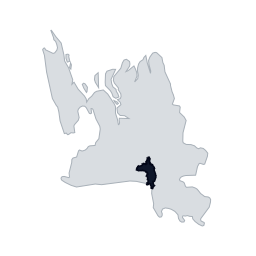 Jamalpur, Dhaka, Bangladesh (highlighted), rotated 174°
{"feature_id": "16705992B65705561019803", "entity_name": "Jamalpur", "entity_type": "district", "adm_level": 2, "iso_a3": "BGD", "parent_name": "Bangladesh", "parent_adm1": "Dhaka", "projection": "mercator", "projection_center": [89.869, 25.0], "detail": "fine", "context": "in_parent", "style": "filled", "palette": "ink", "viewbox_px": 256, "rotation_deg": 174, "n_neighbors": 0, "source": "geoboundaries", "source_scale": "gbopen_adm2", "svg_char_len": 7733}
<svg xmlns="http://www.w3.org/2000/svg" viewBox="0 0 256 256"><g transform="rotate(174 128 128)"><path d="M85.5,186.6L85.4,180.0L81.1,167.2L81.3,165.8L80.4,159.5L79.4,156.1L78.8,152.4L81.4,147.1L80.4,146.2L74.6,144.6L73.9,143.3L75.1,138.0L71.0,133.1L69.4,129.4L73.8,117.5L74.9,109.1L74.6,107.5L71.9,105.6L67.1,104.9L63.7,103.3L61.7,101.0L60.0,100.0L58.0,100.7L55.3,99.8L53.1,97.5L51.3,94.6L52.0,91.5L55.5,84.1L56.8,83.9L59.8,85.3L60.9,85.3L62.9,82.4L65.7,74.0L75.4,74.7L77.7,74.5L80.1,73.8L81.4,72.7L82.2,71.4L81.9,70.2L78.9,68.7L77.8,67.5L77.0,64.1L76.1,62.9L70.2,62.7L67.2,61.2L65.5,59.8L62.6,55.2L58.9,51.8L55.4,51.0L54.0,49.9L53.3,48.2L53.7,45.7L55.5,40.8L65.1,30.3L65.4,29.2L65.0,27.8L62.2,26.1L62.0,25.3L62.8,23.1L64.4,22.8L67.7,24.8L71.1,28.0L73.1,30.9L73.2,33.2L75.9,33.7L78.1,34.7L80.3,34.4L81.8,34.9L82.8,34.7L83.2,33.4L81.3,30.1L82.2,28.7L84.4,28.8L86.0,30.0L87.2,32.6L87.4,36.5L90.0,40.1L93.4,42.6L96.1,43.8L99.3,44.6L102.1,43.8L103.5,41.4L102.9,39.1L103.3,37.1L104.4,36.0L106.1,36.1L107.4,37.7L111.2,46.2L110.4,50.0L111.3,60.3L110.3,67.1L110.9,69.7L111.5,70.2L117.2,71.4L125.4,74.1L131.7,75.1L160.2,74.4L166.4,75.7L185.4,74.7L190.5,76.9L196.1,80.4L199.3,83.0L199.9,84.5L199.5,85.8L198.5,86.5L196.5,86.5L192.1,84.8L191.3,85.3L191.3,89.4L187.6,99.5L187.1,102.6L185.8,103.9L182.1,104.5L179.6,110.4L178.6,111.2L176.1,109.9L174.6,110.1L172.7,110.6L170.8,112.0L169.4,113.7L167.9,114.2L162.6,114.1L161.6,116.9L158.1,120.4L155.7,129.9L155.9,132.8L158.9,140.3L160.9,150.1L161.7,151.1L162.7,151.2L162.7,146.7L163.7,146.1L164.9,146.6L167.4,152.6L168.8,154.2L171.0,154.6L173.5,153.7L175.4,151.9L176.2,150.0L175.5,143.5L176.7,140.8L181.0,136.8L181.6,135.6L181.4,129.0L183.0,128.8L185.2,129.3L187.9,127.7L188.8,127.7L189.9,129.4L191.9,129.1L194.8,142.1L195.1,151.3L195.8,156.4L196.8,157.6L200.1,165.2L203.1,192.1L203.5,209.0L204.7,214.8L203.7,216.1L202.6,216.3L201.7,214.3L194.7,210.0L193.0,210.4L190.6,212.9L189.7,215.3L190.1,218.5L190.9,221.7L192.5,223.5L192.6,225.6L194.5,233.1L194.0,233.2L190.2,226.3L185.6,219.5L184.1,207.3L184.0,201.2L180.8,194.1L177.9,181.7L179.2,177.3L176.9,179.2L173.5,171.8L168.0,164.4L166.5,161.2L166.4,158.0L164.0,161.2L160.8,163.4L157.6,166.8L155.4,167.8L148.6,168.4L144.6,163.9L138.9,152.9L138.2,150.5L138.9,144.0L137.6,137.8L137.2,132.4L136.2,132.9L135.8,134.4L136.0,136.7L135.6,138.6L126.1,137.3L130.1,140.6L134.5,141.3L136.8,144.2L136.9,149.0L132.6,151.9L133.0,154.3L135.5,157.3L132.5,158.1L131.6,160.1L131.6,162.8L133.7,167.1L133.3,168.7L136.9,174.2L137.6,176.9L136.7,180.6L128.9,188.2L126.7,193.5L124.8,196.0L122.4,196.5L119.5,194.0L119.4,191.4L120.0,189.3L124.1,184.3L121.9,185.0L115.6,189.1L114.4,185.7L113.6,182.6L113.6,178.8L116.6,173.1L113.2,176.0L112.2,179.5L112.6,183.7L112.2,186.7L110.8,190.5L109.0,192.8L106.0,194.3L104.7,196.6L102.7,198.3L102.0,190.5L99.9,180.0L99.4,182.3L100.5,188.8L100.5,193.0L98.8,196.3L95.6,199.9L93.1,200.4L91.6,199.9L86.9,194.5L86.5,189.4L85.5,186.6ZM143.0,186.7L137.2,188.0L134.2,187.6L139.8,178.1L139.6,173.9L138.7,170.5L135.9,167.7L135.8,165.7L134.5,163.0L133.8,159.8L137.0,158.8L139.5,160.6L140.4,164.2L141.6,166.9L146.0,172.5L145.9,175.9L144.7,184.2L143.0,186.7ZM155.4,183.6L151.9,186.1L153.0,171.2L155.7,176.8L156.3,179.7L155.4,183.6ZM168.9,176.2L167.4,177.2L166.0,176.3L164.1,172.8L165.0,168.4L165.6,167.7L167.8,172.3L168.9,176.2ZM182.0,207.6L180.0,207.7L179.0,206.7L179.5,205.2L178.9,200.4L181.5,199.9L182.4,203.9L182.0,207.6ZM179.8,194.1L178.3,198.9L177.7,196.7L178.7,192.5L179.8,194.1ZM138.5,155.2L139.1,156.8L135.8,154.8L135.0,153.3L136.4,152.6L138.5,155.2Z" fill="#d9dde1" stroke="#a8b0b8" stroke-width="1"/><path d="M107.6,89.1L107.8,89.2L108.1,89.4L108.3,89.5L108.4,89.4L108.5,89.2L109.0,89.5L109.5,89.3L109.8,89.6L109.9,90.1L109.8,90.3L109.7,90.4L110.1,90.5L110.0,90.9L109.9,91.0L109.5,91.0L109.6,91.3L109.7,91.6L109.8,91.6L109.9,91.8L110.1,91.8L110.1,92.0L110.2,92.3L110.1,92.5L110.3,92.5L110.2,92.9L109.9,93.1L109.9,93.3L109.9,94.1L109.9,94.7L109.7,94.7L109.3,94.8L109.3,95.1L109.4,95.4L109.5,95.6L109.8,95.9L109.9,96.4L110.1,96.5L110.1,96.8L110.3,96.8L110.7,96.8L110.8,96.8L110.8,96.6L111.0,96.5L110.8,96.4L110.8,96.2L111.0,96.3L111.1,96.1L111.4,96.1L111.2,95.9L111.4,95.6L111.6,95.5L111.4,95.4L111.5,95.2L111.7,95.3L111.6,95.2L111.8,95.1L111.8,94.9L111.8,94.7L112.1,94.9L111.9,94.6L111.9,94.4L112.0,94.4L111.9,94.2L112.0,93.9L112.4,93.9L112.7,93.8L112.7,93.7L112.6,93.4L113.0,92.7L113.2,92.9L113.5,92.9L113.7,92.7L113.7,92.4L113.6,92.1L113.1,91.7L113.1,91.4L113.1,91.1L113.0,90.8L113.1,90.6L113.1,90.4L113.4,90.4L113.4,90.5L113.5,90.6L113.9,90.7L113.8,90.4L114.0,90.7L114.2,90.4L114.3,90.4L114.7,90.3L114.6,90.2L114.5,89.9L114.6,90.0L115.0,89.9L114.9,89.9L115.1,90.1L115.1,90.4L115.3,90.3L115.6,90.3L115.8,90.6L115.7,90.7L115.7,90.8L115.8,90.8L116.1,91.1L116.4,91.0L116.5,91.0L116.6,90.9L116.7,91.0L116.8,90.9L116.8,90.6L117.0,90.6L116.9,90.5L117.0,90.5L117.2,90.3L117.4,90.3L117.5,90.1L117.4,90.1L117.6,90.1L117.8,89.9L117.9,89.6L117.8,89.4L118.2,89.1L118.5,89.1L118.9,89.1L119.4,89.0L119.6,88.7L120.0,88.6L120.5,88.9L120.8,88.9L120.9,88.7L121.1,88.8L121.2,88.7L121.3,88.8L121.6,88.9L121.6,89.1L121.8,89.0L121.7,88.9L121.8,88.9L121.9,88.7L122.0,88.6L122.4,88.6L122.4,88.4L122.4,88.2L122.4,87.8L122.6,87.6L122.7,87.3L122.8,87.3L123.1,87.3L123.3,87.4L123.4,87.2L123.2,87.2L123.1,86.8L123.3,86.7L123.4,86.4L123.5,86.2L123.8,86.1L123.6,86.1L123.7,85.9L123.2,86.0L123.2,85.9L123.4,85.9L123.5,85.7L123.8,85.6L123.7,85.4L123.8,85.4L123.6,85.3L123.6,85.2L123.1,85.0L122.8,85.0L122.7,84.9L122.4,84.9L122.4,84.6L122.2,84.4L122.0,84.5L121.9,84.7L121.5,84.7L121.2,84.5L121.0,84.4L120.7,84.3L120.1,84.4L119.8,84.3L119.3,84.4L118.9,84.3L118.7,84.1L118.2,84.3L118.2,84.2L118.4,83.9L118.1,84.1L118.0,84.3L117.3,84.1L117.2,84.0L117.1,83.9L116.7,83.8L116.5,84.0L116.1,83.8L115.6,83.7L115.4,83.5L115.2,83.4L115.3,83.1L115.2,83.0L115.2,82.7L115.0,82.4L114.8,82.4L114.5,82.4L114.0,82.6L113.9,82.5L113.9,82.3L113.9,81.5L113.9,81.4L113.5,81.4L113.6,81.1L113.4,80.7L113.5,80.3L113.1,80.2L113.2,79.9L113.2,79.7L113.8,79.6L114.0,79.5L113.9,79.3L114.3,79.0L114.6,78.6L114.3,78.6L114.1,78.3L114.1,78.2L114.3,77.9L114.2,77.7L113.9,77.3L113.8,76.9L113.6,76.9L113.6,76.7L113.6,76.4L113.6,76.2L113.7,75.8L113.8,75.7L113.7,75.5L113.8,75.1L113.9,74.8L114.1,74.6L113.8,74.3L113.6,74.3L113.3,74.2L113.2,74.1L113.4,73.9L113.4,73.4L113.5,73.2L113.4,73.1L113.5,72.9L113.7,72.6L113.7,72.4L113.8,72.2L113.9,71.9L113.8,71.4L113.9,71.2L114.0,71.2L114.3,71.2L114.5,71.4L114.8,71.4L114.7,71.0L114.9,70.7L114.8,70.4L115.0,70.3L115.4,70.1L115.3,69.8L115.2,69.7L115.1,69.9L114.7,69.9L114.5,69.7L114.4,69.7L114.2,69.6L113.7,69.7L113.6,69.9L113.5,70.0L113.4,70.2L113.3,70.3L113.0,70.4L112.5,70.3L112.4,70.4L112.2,70.3L112.0,70.2L111.9,70.2L111.5,70.1L111.7,69.8L111.7,69.7L111.8,69.6L111.8,69.4L111.8,69.2L111.5,68.8L111.3,68.2L111.2,68.1L111.1,67.9L111.1,67.2L111.1,66.9L111.3,66.2L111.3,65.9L111.3,65.7L111.1,65.6L110.4,65.5L110.1,65.3L110.0,65.2L109.3,65.0L109.5,65.2L109.6,65.4L109.5,65.7L109.8,65.7L109.9,66.0L109.8,66.7L109.7,66.8L109.4,66.9L108.7,67.0L108.5,67.3L107.8,67.8L108.0,67.9L108.0,68.1L108.1,68.3L108.4,69.2L108.5,69.2L108.5,69.4L108.6,70.0L108.8,70.3L109.0,70.6L108.9,70.9L108.7,71.0L108.8,71.1L108.7,71.5L108.8,71.7L108.7,72.2L108.7,72.3L107.5,72.3L107.3,72.3L107.1,72.4L107.0,72.9L106.6,73.4L106.3,74.2L106.3,74.5L106.2,74.7L105.7,75.4L105.5,75.7L105.4,76.5L105.4,77.0L105.2,77.4L105.1,77.6L105.3,78.0L105.5,78.1L105.5,78.4L105.6,78.6L105.6,79.1L105.4,79.2L105.4,79.4L105.8,80.7L105.8,81.4L106.2,81.8L106.3,82.2L106.4,82.9L106.2,83.3L106.2,83.6L106.3,84.0L106.5,84.0L106.6,84.5L106.4,84.5L106.2,84.8L105.8,85.1L106.0,85.4L106.0,85.9L106.4,86.6L106.5,87.0L107.1,87.8L107.4,88.0L108.1,88.3L107.9,88.8L107.6,89.1Z" fill="#0f172a" stroke="#020617" stroke-width="1.5"/></g></svg>